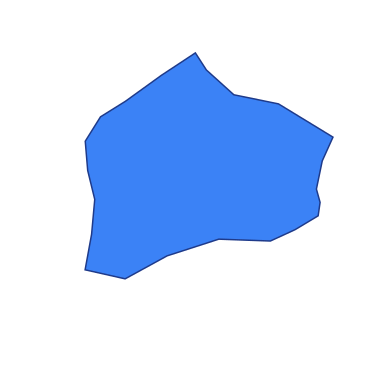 map outline of La Romana (Albers equal-area conic projection), rotated 214°
{"feature_id": "DOM-1988", "entity_name": "La Romana", "entity_type": "Province", "adm_level": 1, "iso_a3": "DOM", "parent_name": "Dominican Republic", "parent_adm1": "", "projection": "albers", "projection_center": [-68.979, 18.531], "detail": "fine", "context": "isolated", "style": "filled", "palette": "blue", "viewbox_px": 384, "rotation_deg": 214, "n_neighbors": 0, "source": "natural_earth", "source_scale": "10m", "svg_char_len": 440}
<svg xmlns="http://www.w3.org/2000/svg" viewBox="0 0 384 384"><g transform="rotate(214 192 192)"><path d="M267.0,309.2L248.3,301.2L211.7,296.0L169.6,313.4L105.8,316.3L101.4,290.6L90.5,264.0L80.0,255.0L74.1,242.8L85.5,218.4L99.6,195.2L143.4,167.9L176.9,125.2L198.9,82.6L237.1,67.7L251.6,100.8L268.5,131.5L290.5,151.5L308.9,174.4L309.9,203.2L298.0,229.8L282.6,271.7L267.0,309.2Z" fill="#3b82f6" stroke="#1e3a8a" stroke-width="1.5"/></g></svg>